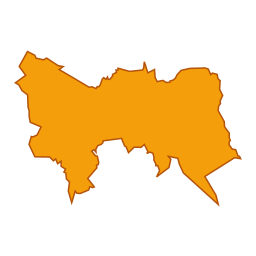 the district of Uruachi, Chihuahua, Mexico
{"feature_id": "50627088B4184029057526", "entity_name": "Uruachi", "entity_type": "district", "adm_level": 2, "iso_a3": "MEX", "parent_name": "Mexico", "parent_adm1": "Chihuahua", "projection": "equal_earth", "projection_center": [-108.421, 27.836], "detail": "medium", "context": "isolated", "style": "filled", "palette": "amber", "viewbox_px": 256, "rotation_deg": 0, "n_neighbors": 0, "source": "geoboundaries", "source_scale": "gbopen_adm2", "svg_char_len": 1800}
<svg xmlns="http://www.w3.org/2000/svg" viewBox="0 0 256 256"><path d="M183.4,172.9L218.3,204.5L215.9,195.1L204.8,176.5L234.6,157.7L240.6,158.7L239.5,156.3L238.0,156.0L235.7,149.7L232.2,149.1L229.2,144.8L229.1,142.1L230.3,140.6L229.3,137.8L229.2,133.0L224.6,126.9L224.2,121.5L218.2,110.8L218.6,106.1L220.5,103.5L220.1,100.9L222.7,95.5L219.6,89.3L220.2,79.9L219.9,80.7L217.8,78.3L217.2,74.4L212.4,73.1L210.8,74.7L208.2,69.0L205.2,68.0L189.7,68.4L181.1,70.4L177.1,74.7L175.4,78.2L172.9,80.2L170.1,80.9L169.9,82.2L166.1,82.5L163.0,80.4L157.2,81.6L155.1,77.5L154.5,69.5L147.9,72.8L144.3,61.8L143.7,67.9L142.6,70.0L129.6,71.4L118.0,68.2L117.8,70.2L116.0,70.0L116.4,72.4L112.6,74.4L112.5,76.1L109.9,79.3L108.1,79.2L107.5,77.0L105.9,79.4L103.8,77.6L102.4,78.8L100.2,84.9L98.7,86.8L97.2,86.6L96.0,88.5L91.9,86.8L89.1,87.2L59.1,69.5L63.2,66.6L58.0,65.6L46.7,58.1L43.4,59.8L36.1,58.2L34.8,55.3L27.5,51.5L19.2,66.5L25.7,75.3L15.4,82.8L18.8,84.8L22.0,90.6L27.6,94.9L28.1,107.4L29.1,110.6L29.2,116.9L30.3,122.3L41.1,126.9L37.1,135.0L32.8,136.9L31.3,136.5L29.0,144.4L34.9,156.8L49.7,157.0L53.4,160.8L55.7,159.0L57.6,163.7L61.1,161.3L61.1,166.3L65.5,169.1L63.9,172.1L65.8,173.0L66.4,178.9L69.5,182.1L68.3,191.0L71.7,202.7L75.2,191.1L76.8,193.2L80.2,193.5L88.6,190.0L90.0,186.6L92.5,187.6L94.3,186.9L87.7,178.5L96.9,167.8L96.5,165.2L98.3,164.5L98.7,162.4L97.3,156.1L95.6,155.9L91.7,151.2L94.0,149.7L96.0,152.1L95.8,149.4L97.8,145.6L101.2,144.4L102.8,142.8L103.2,140.8L121.5,138.4L124.6,146.0L126.1,146.7L128.5,152.7L134.2,147.1L141.0,147.4L144.4,144.5L148.0,151.9L146.7,153.4L150.0,152.1L153.0,153.4L154.1,158.0L153.8,159.9L155.8,163.9L155.8,165.7L157.6,165.5L159.6,170.5L156.6,176.9L169.0,167.5L170.8,159.4L168.4,156.3L177.8,158.3L179.5,164.5L183.4,172.9Z" fill="#f59e0b" stroke="#b45309" stroke-width="1.5"/></svg>